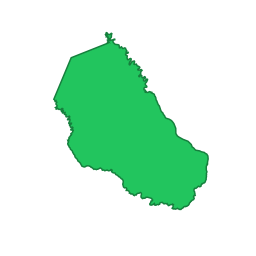 outline of Tame, Arauca, Colombia, rotated 246°
{"feature_id": "7082276B91596510708856", "entity_name": "Tame", "entity_type": "district", "adm_level": 2, "iso_a3": "COL", "parent_name": "Colombia", "parent_adm1": "Arauca", "projection": "natural_earth1", "projection_center": [-71.956, 6.385], "detail": "fine", "context": "isolated", "style": "filled", "palette": "green", "viewbox_px": 256, "rotation_deg": 246, "n_neighbors": 0, "source": "geoboundaries", "source_scale": "gbopen_adm2", "svg_char_len": 5844}
<svg xmlns="http://www.w3.org/2000/svg" viewBox="0 0 256 256"><g transform="rotate(246 128 128)"><path d="M36.8,135.7L35.6,136.4L35.4,137.5L35.1,137.6L34.5,138.5L34.5,140.6L33.8,140.9L33.4,141.5L32.8,141.7L32.1,143.2L32.5,144.3L32.8,146.3L33.1,146.6L33.3,147.3L33.2,148.0L32.8,148.4L32.9,149.1L32.7,149.3L32.6,150.0L32.9,151.7L33.5,152.8L34.6,153.8L34.7,154.5L35.4,155.4L35.3,155.9L35.9,157.0L35.9,158.8L36.9,159.9L38.3,159.8L38.8,160.1L39.4,160.9L39.0,161.4L39.1,162.0L40.0,162.0L40.5,162.4L41.5,162.5L42.5,162.9L43.3,162.7L44.3,162.9L45.5,163.8L45.8,164.4L45.4,165.0L45.3,166.0L46.2,168.6L45.1,169.7L45.1,170.9L46.3,171.8L47.0,173.0L46.7,173.3L47.1,174.6L46.8,175.3L47.0,176.1L49.5,178.7L50.4,178.9L51.6,179.9L52.5,180.1L53.4,180.8L54.3,180.9L55.9,182.3L57.7,182.4L60.7,183.7L61.4,184.2L62.1,185.3L62.2,185.1L63.0,185.6L63.3,186.3L64.4,186.7L67.1,188.6L70.0,189.6L72.2,189.3L73.2,188.4L74.6,187.8L76.5,185.3L77.9,184.2L80.3,180.7L83.2,179.8L84.6,178.9L87.2,179.1L91.5,177.4L95.2,173.7L99.3,170.6L100.8,169.8L103.6,169.5L108.3,171.5L113.4,171.7L116.1,171.1L117.5,170.5L119.3,169.2L121.5,166.7L122.6,166.3L124.1,166.4L126.1,165.9L127.9,165.9L129.2,165.2L130.5,165.1L135.4,165.6L137.2,165.1L141.3,165.3L142.3,165.1L144.3,165.7L145.7,165.7L146.2,165.4L148.0,165.7L148.7,165.4L150.0,164.1L150.7,164.3L150.9,163.5L151.7,163.5L151.9,162.9L152.5,162.4L152.4,160.8L152.8,159.7L153.9,159.4L153.5,158.5L153.7,158.3L154.2,158.3L154.7,159.1L155.6,159.1L156.4,158.2L157.6,158.6L158.3,159.6L157.8,161.2L157.9,161.9L158.5,162.1L160.4,161.5L161.2,161.6L161.7,162.0L162.5,163.7L164.1,165.5L164.6,165.6L165.1,164.9L164.8,163.9L164.1,162.9L164.3,161.9L165.0,161.5L165.6,161.6L166.2,162.5L166.4,163.7L167.0,164.4L167.7,164.4L168.2,163.9L167.8,162.7L167.8,161.9L168.1,161.5L168.8,161.4L170.2,161.9L171.1,161.5L171.0,160.8L170.2,159.5L170.3,159.1L170.8,158.9L171.3,159.2L171.5,160.3L172.5,161.7L174.4,162.7L174.6,163.6L175.0,164.3L176.0,163.8L176.4,161.4L177.2,160.6L177.8,161.1L178.0,162.8L178.7,163.5L180.1,162.8L180.5,162.1L181.5,161.5L182.3,161.7L183.0,161.6L183.4,159.8L183.9,159.4L185.9,161.0L186.6,161.0L187.0,159.7L186.8,158.1L185.0,155.7L184.9,155.3L185.2,155.0L186.0,155.0L187.0,156.0L187.5,156.1L188.7,158.4L189.8,159.0L190.4,158.7L190.6,157.8L190.3,156.2L190.5,155.6L190.9,155.4L192.6,155.7L194.1,156.7L195.6,155.7L196.5,155.8L196.7,156.8L196.4,158.4L197.0,159.0L197.3,158.8L197.4,157.6L197.9,157.0L198.2,157.1L199.1,158.3L200.8,158.0L201.9,158.2L202.6,157.4L202.6,155.9L202.8,155.4L204.8,155.1L204.8,154.4L204.4,153.4L204.7,152.8L207.3,153.5L208.1,152.9L209.6,150.4L210.7,149.8L212.4,149.3L213.9,149.7L214.2,150.7L214.0,151.8L214.5,152.0L214.8,151.6L214.8,149.1L215.1,148.7L215.0,147.7L215.6,147.4L217.1,148.2L217.5,149.4L218.2,150.0L219.5,150.6L220.8,151.6L221.3,151.2L220.8,149.7L221.2,148.5L222.0,147.8L223.2,147.7L223.9,147.0L223.5,146.4L222.5,146.1L222.4,145.4L222.0,145.5L222.0,146.2L221.5,145.7L221.4,145.9L221.6,146.1L221.1,146.6L220.9,146.4L221.3,146.0L220.7,145.6L220.8,146.0L219.7,146.1L219.4,146.6L219.0,146.0L218.7,146.3L218.3,146.2L218.4,146.6L217.3,146.5L217.3,146.9L216.6,146.9L216.6,145.8L216.3,146.2L215.8,145.8L215.8,145.5L216.1,145.6L216.1,145.1L215.3,145.2L215.2,145.0L215.0,145.5L214.8,145.2L214.4,145.3L214.8,144.9L214.6,144.4L214.2,144.2L214.0,144.7L213.8,144.5L214.0,143.9L213.7,143.8L215.3,104.7L184.4,71.9L183.3,72.4L181.9,72.2L181.8,72.5L182.0,73.2L181.2,72.9L180.5,73.4L179.8,72.3L178.9,71.9L177.4,72.4L177.0,72.3L176.3,71.2L176.2,70.3L175.3,71.2L174.9,70.1L174.6,70.0L174.3,70.5L174.2,71.8L173.1,72.4L172.7,73.5L171.8,74.2L171.9,74.6L172.7,75.4L172.4,76.2L172.0,76.3L171.5,75.9L171.1,74.5L170.7,74.0L170.2,74.1L170.4,75.7L170.1,76.0L169.6,75.9L168.9,74.4L168.5,74.3L168.2,74.5L167.7,76.8L167.4,76.6L167.0,75.7L166.5,75.5L166.2,75.6L165.4,76.7L163.7,76.0L163.3,76.1L162.8,77.2L162.6,79.3L162.1,79.4L161.7,79.2L161.0,77.7L160.8,76.8L160.2,76.2L159.8,76.5L159.8,78.2L159.6,78.5L158.1,77.8L157.2,76.4L156.3,75.8L155.9,75.9L155.7,76.4L155.8,77.8L155.4,78.3L154.8,77.9L154.5,76.8L154.6,76.0L154.2,75.7L153.5,76.0L152.2,75.8L151.7,76.4L151.5,77.5L150.8,77.8L150.0,77.1L150.2,75.5L149.6,75.0L149.2,75.3L148.5,77.0L148.0,77.0L147.8,76.5L146.5,75.4L146.1,73.6L145.6,73.4L144.9,73.7L144.5,73.1L144.5,72.4L143.7,71.6L143.6,70.8L143.0,70.0L142.3,70.1L141.8,69.0L141.1,68.6L140.4,68.7L140.3,68.2L140.7,67.9L139.0,67.7L138.7,66.9L137.8,66.4L137.2,66.6L136.5,66.4L136.1,66.7L134.7,66.5L133.3,67.0L131.9,66.8L129.9,67.8L128.5,67.6L126.0,67.8L124.7,68.3L124.1,68.0L122.6,67.9L120.2,68.9L117.9,68.9L117.3,69.4L115.6,70.1L111.8,70.4L110.2,72.1L110.0,73.0L110.2,75.0L109.3,76.9L107.7,78.3L107.2,78.2L106.2,79.2L104.1,80.0L104.0,81.0L102.8,82.3L102.9,83.1L102.6,83.6L102.8,86.5L101.4,87.4L99.9,87.4L99.5,88.8L98.4,89.4L98.1,91.8L96.9,92.7L96.9,93.0L96.6,93.5L96.5,95.0L97.0,95.4L96.8,95.9L95.9,96.3L95.3,95.4L94.6,95.3L93.1,96.2L92.2,97.8L90.5,97.9L88.9,99.3L87.6,99.6L87.1,99.9L86.8,100.4L84.2,101.3L83.9,101.8L83.2,102.0L81.7,102.2L79.8,101.2L78.9,100.4L76.0,99.9L74.8,100.4L74.2,101.9L73.8,102.1L72.8,102.1L71.7,101.0L70.9,102.5L70.1,103.1L68.4,103.2L68.0,102.8L67.4,103.5L66.4,103.9L66.4,104.5L65.4,105.7L64.4,105.7L63.6,106.4L63.9,107.4L63.9,108.0L63.5,108.3L64.4,109.6L64.3,110.6L63.9,111.5L64.1,113.0L63.0,113.7L61.7,113.2L61.3,112.7L59.7,111.8L57.7,112.4L57.5,112.8L57.6,113.8L57.1,114.5L57.0,115.6L57.4,116.2L56.8,117.7L54.4,120.6L53.9,121.0L52.9,120.9L52.2,121.2L51.7,120.7L51.9,119.4L50.6,118.3L49.9,117.1L49.1,116.8L48.6,117.1L48.0,118.1L47.9,118.9L48.4,121.4L47.8,121.4L47.2,120.8L46.7,121.1L46.1,122.1L46.3,123.3L45.9,124.2L45.5,124.5L45.6,125.0L45.5,125.9L46.4,126.4L46.6,127.4L46.1,129.1L44.7,129.6L44.0,130.1L44.0,130.9L43.5,131.9L42.7,132.6L42.9,133.0L40.7,133.3L40.5,133.8L40.7,135.9L40.2,136.8L40.4,137.7L39.8,137.9L39.6,138.3L39.0,137.6L37.6,137.2L36.8,135.7Z" fill="#22c55e" stroke="#15803d" stroke-width="1.5"/></g></svg>